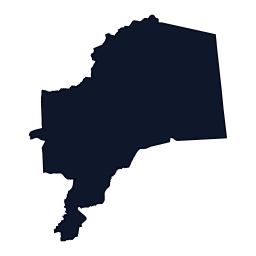 the district of Mueang Phatthalung, Phatthalung, Thailand
{"feature_id": "78962969B3121314060328", "entity_name": "Mueang Phatthalung", "entity_type": "district", "adm_level": 2, "iso_a3": "THA", "parent_name": "Thailand", "parent_adm1": "Phatthalung", "projection": "albers", "projection_center": [100.053, 7.588], "detail": "fine", "context": "isolated", "style": "filled", "palette": "ink", "viewbox_px": 256, "rotation_deg": 0, "n_neighbors": 0, "source": "geoboundaries", "source_scale": "gbopen_adm2", "svg_char_len": 5567}
<svg xmlns="http://www.w3.org/2000/svg" viewBox="0 0 256 256"><path d="M226.2,137.6L222.8,108.8L220.8,88.4L216.3,47.5L215.1,34.9L161.1,23.0L160.0,23.3L159.5,23.3L158.5,22.7L157.9,22.1L157.8,21.2L158.0,19.9L157.8,19.3L157.3,18.9L155.5,18.5L155.0,18.0L153.7,15.9L153.0,15.5L152.5,15.4L151.5,15.5L150.7,15.9L150.2,16.4L149.0,18.3L148.4,18.8L147.6,19.0L145.8,18.6L144.6,18.8L143.6,19.5L141.4,21.5L140.7,21.9L139.5,22.1L137.8,21.5L134.3,21.1L133.2,21.4L132.8,21.8L131.8,23.5L130.2,25.7L129.2,26.6L128.1,26.9L125.3,26.5L123.7,28.4L122.1,28.1L121.3,28.3L120.0,29.4L118.9,29.9L118.6,30.3L118.6,31.1L118.9,32.2L117.7,32.6L116.9,33.2L116.9,33.6L117.3,33.9L117.0,34.5L116.6,34.7L116.1,34.4L115.8,34.5L115.4,35.6L115.3,36.3L114.8,36.3L114.3,36.6L113.9,36.1L113.2,35.9L111.2,35.5L110.6,35.6L110.4,35.4L110.0,35.7L109.6,34.2L108.7,33.9L108.1,34.3L107.4,34.2L107.0,34.6L106.0,34.9L106.4,36.9L106.9,37.8L106.9,38.8L106.3,39.0L106.3,39.4L105.8,40.1L105.5,41.4L104.6,42.3L104.0,43.4L103.4,43.8L102.9,45.1L94.5,48.6L94.9,49.0L94.3,49.3L94.7,50.9L94.9,51.2L94.7,51.6L94.2,52.0L94.1,53.2L93.3,53.4L93.0,54.0L92.2,53.9L91.4,55.2L91.7,56.4L92.5,57.0L92.7,59.5L95.4,60.3L96.0,60.9L96.1,61.2L96.0,61.7L96.1,62.2L95.0,63.4L95.2,64.0L94.3,64.6L94.0,65.7L93.5,66.3L93.4,66.9L92.7,67.8L91.9,68.3L91.5,68.9L91.7,69.7L91.7,70.7L92.0,71.2L91.6,73.9L91.6,75.1L91.7,76.1L92.3,76.9L92.0,77.5L91.4,77.6L91.0,78.1L89.6,78.0L89.8,78.3L89.6,78.4L87.8,77.8L85.9,77.6L85.5,78.7L85.0,78.6L84.2,78.9L83.9,79.3L83.8,79.9L83.5,80.2L83.4,81.1L82.8,81.5L82.5,82.1L81.7,82.8L80.8,83.1L80.6,84.7L79.7,84.4L78.8,85.3L77.8,85.6L77.6,86.3L76.3,86.7L76.2,86.8L76.4,87.2L76.1,87.3L75.7,87.2L75.4,86.9L74.9,87.0L74.4,86.4L73.0,86.5L72.5,86.3L72.3,86.7L72.0,86.4L71.7,86.7L71.8,87.2L71.5,87.6L70.6,87.6L70.1,89.3L69.5,89.1L68.3,89.4L66.9,89.2L66.4,89.3L65.6,88.9L65.3,89.3L64.8,89.3L63.7,88.9L63.5,89.1L63.6,89.7L63.4,89.8L62.9,89.3L62.1,89.5L61.8,89.0L60.9,89.4L61.1,90.3L60.6,90.2L60.4,90.7L59.5,90.7L59.3,91.5L58.1,91.7L58.2,92.3L57.9,92.4L57.4,91.2L57.0,91.3L57.0,91.7L56.1,91.7L56.0,91.3L55.2,91.4L55.1,91.6L53.1,91.7L52.7,91.5L52.5,91.9L51.6,91.9L51.2,92.2L50.5,92.2L50.4,92.7L49.8,92.3L48.0,92.3L47.9,92.0L46.9,91.8L46.7,91.5L46.2,91.5L45.7,91.0L44.3,91.0L43.8,90.7L43.5,90.8L42.6,90.5L42.2,91.1L42.2,91.8L42.2,94.3L41.8,97.5L41.7,102.6L42.3,118.2L42.4,124.4L42.9,128.6L36.0,130.2L31.2,132.0L31.2,132.3L30.8,132.6L31.3,133.1L31.3,133.4L30.9,133.5L30.8,133.9L30.4,133.6L30.1,133.6L29.8,134.4L29.9,135.4L30.9,136.2L30.9,138.7L32.3,138.5L34.2,137.5L37.0,137.0L38.0,137.3L41.7,139.5L46.4,140.3L42.5,147.7L43.1,153.3L43.9,172.1L45.0,171.7L45.6,171.7L47.4,172.1L47.5,172.4L50.6,173.3L51.2,173.3L53.0,172.6L57.3,172.8L60.2,172.6L61.3,172.8L63.2,174.2L65.7,177.4L68.0,178.8L70.0,178.7L70.6,179.0L70.7,178.7L71.9,178.6L72.6,178.7L72.8,178.9L73.7,178.8L75.1,179.1L75.5,179.4L75.3,179.7L74.8,179.6L75.0,179.9L74.7,180.3L74.2,179.9L74.0,180.4L73.5,185.6L73.0,186.4L73.1,187.4L72.2,188.3L71.8,189.4L70.8,189.9L70.4,191.0L69.2,191.1L69.0,191.4L68.2,194.2L67.5,195.0L67.8,196.8L67.2,197.2L67.2,198.3L65.9,199.7L65.0,200.0L64.9,202.1L65.3,203.1L65.9,205.9L64.7,206.7L64.8,207.0L65.0,207.2L65.6,207.2L66.5,207.7L66.8,211.4L66.0,211.5L65.8,211.8L66.5,212.0L66.8,212.5L67.3,212.8L67.3,214.7L64.6,215.1L64.7,215.8L64.3,216.5L63.3,216.4L63.3,216.8L63.7,217.2L64.0,217.3L64.2,217.0L64.5,217.2L64.3,217.6L64.6,218.8L64.3,219.1L64.3,219.3L64.6,219.6L65.0,219.2L65.2,219.4L64.7,220.4L61.8,221.1L61.4,222.6L61.1,222.7L61.1,223.0L60.8,223.0L60.7,223.5L58.7,224.2L59.1,225.4L59.1,226.5L56.7,226.8L56.8,228.6L56.4,228.6L56.4,229.0L56.1,229.1L56.2,229.8L54.6,229.9L54.8,232.3L58.2,231.2L60.0,231.6L62.0,232.5L62.0,232.9L61.2,234.1L61.4,235.0L61.8,235.0L61.8,235.6L61.8,236.6L61.4,237.4L61.2,238.2L61.2,240.4L61.5,240.6L62.0,240.3L62.4,240.5L64.9,240.5L65.2,240.4L65.3,239.6L68.4,239.4L68.6,239.0L72.2,239.2L73.7,237.8L74.1,237.2L73.9,236.7L75.7,236.2L76.9,236.2L77.7,233.1L78.7,226.1L80.3,226.4L81.3,226.2L80.9,224.9L81.0,223.9L81.2,223.4L85.6,219.5L85.9,219.1L85.9,218.4L85.5,217.4L83.6,215.6L77.9,210.8L77.3,210.0L77.0,208.9L77.1,207.7L77.4,206.7L78.0,206.7L79.9,205.7L80.3,206.2L80.2,206.6L81.4,207.8L81.6,207.7L81.8,206.9L83.0,207.1L86.4,206.6L88.0,206.9L89.0,206.4L89.6,205.2L91.6,205.7L91.8,205.5L92.3,205.4L92.9,204.9L93.7,205.0L94.0,204.3L94.3,204.5L94.6,204.4L95.0,204.9L95.4,205.0L95.8,204.7L96.1,203.9L96.8,203.7L97.8,203.1L98.3,203.4L100.2,203.1L101.9,203.3L103.4,201.4L104.0,199.8L103.9,193.0L104.4,191.4L105.9,188.9L106.7,187.9L107.2,187.7L108.8,186.2L109.2,185.5L109.4,183.5L109.1,182.6L109.5,182.2L109.5,181.6L109.9,181.2L109.4,180.7L109.3,180.4L110.7,178.4L110.4,178.1L110.4,177.8L110.8,177.3L110.5,176.8L110.7,176.4L111.6,175.8L111.7,175.5L112.3,175.3L112.7,175.5L113.1,174.5L113.5,174.5L113.6,173.9L114.4,174.0L114.9,172.9L114.8,172.3L115.7,171.8L115.6,170.3L116.2,169.8L116.8,169.8L116.7,169.3L117.2,169.0L117.2,168.7L117.5,168.5L117.5,168.1L118.0,168.6L118.5,168.6L119.4,168.2L120.8,168.2L121.2,168.4L121.5,168.0L121.9,167.8L122.0,167.1L122.4,167.1L122.5,166.9L122.7,167.1L123.1,166.9L123.9,167.1L124.5,166.9L124.7,167.4L125.1,167.3L125.1,166.9L126.9,167.2L127.6,166.9L128.0,167.0L128.8,166.6L128.9,166.0L129.8,164.5L131.0,161.3L131.8,160.1L132.4,159.0L132.7,158.0L134.8,154.7L135.4,153.3L137.5,150.4L138.8,149.3L139.4,148.3L142.8,148.3L145.8,148.0L150.6,146.0L169.3,141.5L169.3,139.9L169.6,139.6L169.4,138.9L169.9,137.7L170.3,137.2L171.3,137.4L172.1,137.3L172.4,137.4L172.7,137.7L173.5,137.7L174.7,139.0L175.5,139.5L176.0,139.6L176.3,140.0L177.5,140.2L226.2,137.6Z" fill="#0f172a" stroke="#020617" stroke-width="1.5"/></svg>